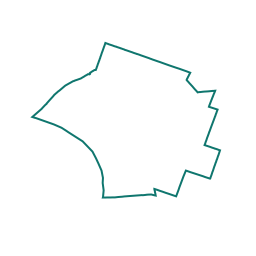 Cetate, Dolj, Romania, rotated 18°
{"feature_id": "2599482B60212600347898", "entity_name": "Cetate", "entity_type": "district", "adm_level": 2, "iso_a3": "ROU", "parent_name": "Romania", "parent_adm1": "Dolj", "projection": "albers", "projection_center": [23.068, 44.111], "detail": "fine", "context": "isolated", "style": "outline", "palette": "teal", "viewbox_px": 256, "rotation_deg": 18, "n_neighbors": 0, "source": "geoboundaries", "source_scale": "gbopen_adm2", "svg_char_len": 5334}
<svg xmlns="http://www.w3.org/2000/svg" viewBox="0 0 256 256"><g transform="rotate(18 128 128)"><path d="M221.8,150.5L221.8,150.1L221.8,149.6L221.8,149.4L221.8,148.9L221.9,147.3L221.9,146.0L221.9,145.7L221.9,145.0L221.9,144.7L221.9,144.2L221.9,143.2L222.0,142.7L222.0,142.4L222.0,142.1L222.0,141.0L222.0,140.5L222.0,140.0L222.0,139.3L222.0,138.8L222.0,138.5L222.0,138.3L222.0,138.2L222.0,137.7L222.0,137.4L222.1,137.1L222.1,136.4L222.1,136.1L222.1,135.8L222.1,135.3L222.1,135.0L222.1,134.5L222.1,134.2L222.1,133.9L222.2,133.7L222.2,133.4L222.2,133.1L222.2,132.8L222.2,132.2L222.2,131.4L222.2,130.6L222.3,130.4L222.3,129.8L222.3,129.6L222.3,129.1L222.3,128.8L222.3,128.6L222.3,128.4L222.3,128.0L222.3,127.7L222.3,127.4L222.3,127.2L222.3,126.9L222.3,126.6L222.4,126.4L222.4,126.1L222.4,125.8L222.4,125.0L222.4,124.7L222.4,124.4L222.4,124.2L222.4,123.6L222.4,123.3L222.4,122.8L222.4,122.1L222.4,121.5L222.4,120.8L222.0,120.8L221.9,120.8L221.7,120.8L221.1,120.8L220.7,120.8L220.0,120.7L219.8,120.7L219.1,120.7L218.9,120.7L217.4,120.7L217.2,120.8L216.3,120.7L216.1,120.7L215.6,120.7L214.9,120.7L214.6,120.7L214.4,120.7L214.1,120.7L213.9,120.7L213.7,120.7L213.4,120.7L213.2,120.7L212.7,120.6L210.6,120.6L208.9,120.6L207.9,120.6L207.0,120.6L206.1,120.6L206.1,120.1L206.2,119.3L206.2,118.4L206.2,117.5L206.2,116.7L206.3,115.8L206.3,115.0L206.3,114.1L206.3,113.3L206.3,112.4L206.4,111.5L206.4,110.7L206.5,109.0L206.5,108.2L206.5,107.4L206.5,107.0L206.5,106.5L206.6,106.3L206.7,102.8L206.8,100.2L206.9,98.1L207.0,95.5L207.1,94.0L207.1,93.0L207.2,91.5L207.2,90.6L207.2,90.2L207.3,89.9L207.3,88.6L207.3,88.1L207.3,87.9L207.3,87.7L207.3,87.2L207.4,86.8L207.4,86.3L207.4,85.9L207.4,85.4L207.4,85.1L207.4,84.7L207.5,83.5L207.5,82.8L201.2,82.8L199.1,82.8L198.5,82.8L198.4,82.8L198.4,82.7L198.4,81.0L198.5,80.2L198.5,79.9L198.5,79.2L198.5,78.9L198.6,78.5L198.6,77.5L198.7,76.2L198.7,75.5L198.8,74.9L198.8,74.2L198.8,73.9L198.8,73.7L198.9,73.2L198.9,72.9L198.9,72.5L198.9,72.3L199.0,72.0L199.0,71.6L199.1,69.2L199.2,68.7L199.2,68.1L199.3,67.5L199.4,65.8L199.4,65.6L198.7,65.9L197.6,66.4L197.4,66.5L197.2,66.5L193.6,68.1L191.4,69.0L189.3,69.8L187.5,70.6L185.8,71.4L184.5,71.9L184.1,72.1L183.2,72.6L182.3,72.0L181.4,71.5L180.9,71.2L180.1,70.8L178.6,69.9L177.3,69.1L176.2,68.4L175.6,68.1L174.9,67.7L173.9,67.1L172.9,66.6L171.8,65.9L170.6,65.2L169.5,64.6L169.0,64.3L168.9,64.2L168.9,63.7L169.0,62.8L169.1,62.6L169.1,62.3L169.2,62.0L169.2,61.9L169.2,61.5L169.3,61.2L169.3,60.8L169.5,60.0L169.6,59.4L169.6,59.0L169.7,58.4L169.8,58.2L170.1,56.2L166.2,56.0L162.0,55.9L158.9,55.8L154.5,55.8L147.6,55.7L140.8,55.5L137.9,55.4L136.3,55.4L131.5,55.3L130.0,55.3L129.1,55.2L127.7,55.2L126.8,55.1L117.5,54.9L116.1,54.8L114.7,54.8L114.3,54.8L114.2,54.8L113.8,54.8L113.6,54.8L113.3,54.9L112.8,54.8L111.7,54.8L111.1,54.8L110.1,54.8L108.8,54.7L108.5,54.7L108.1,54.7L107.9,54.7L107.5,54.7L102.4,54.6L102.0,54.6L101.6,54.6L101.3,54.7L101.2,54.7L100.8,54.6L100.6,54.6L100.1,54.5L99.8,54.5L98.3,54.5L98.2,54.5L97.9,54.5L97.3,54.4L97.1,54.4L96.8,54.5L96.7,54.5L96.0,54.4L95.5,54.4L95.1,54.4L94.3,54.4L93.9,54.4L93.4,54.4L93.1,54.4L92.8,54.4L92.5,54.4L91.5,54.3L91.3,54.3L91.1,54.4L89.9,54.4L89.2,54.4L87.8,54.3L87.5,54.3L86.7,54.3L85.9,54.3L85.4,54.3L85.2,54.3L84.3,54.3L83.9,54.3L83.1,54.2L81.2,54.2L80.9,54.2L80.7,54.1L80.3,54.1L80.2,54.1L80.2,54.3L80.2,54.7L80.2,56.8L80.2,57.0L80.1,57.9L80.1,58.5L80.0,62.8L80.0,63.2L79.9,64.0L79.9,65.6L79.9,67.1L79.9,67.7L79.8,68.8L79.9,70.2L79.8,70.7L79.8,71.3L79.8,72.4L79.8,72.7L79.8,72.9L79.7,73.1L79.7,73.6L79.7,74.2L79.7,74.9L79.7,75.2L79.6,76.2L79.6,78.5L79.6,79.1L79.5,79.5L79.5,79.8L79.5,80.2L79.6,80.4L79.4,82.5L79.4,82.8L78.9,82.9L78.7,83.0L78.4,83.1L77.9,83.6L77.7,83.8L77.5,84.1L77.3,84.3L77.2,84.5L76.8,84.8L76.5,85.2L76.2,85.6L76.0,85.8L75.8,86.1L75.4,86.6L75.1,86.9L75.0,87.1L75.0,87.3L74.9,87.4L75.0,87.5L75.2,87.9L75.2,88.0L75.2,88.3L75.0,88.7L74.9,88.8L74.5,89.0L74.3,89.0L74.2,89.0L73.8,89.0L73.7,89.0L73.4,89.1L73.1,89.4L73.0,89.5L72.9,89.6L72.5,90.2L72.3,90.5L72.1,90.6L71.3,91.4L70.2,92.8L69.0,94.1L67.8,95.5L66.5,96.5L64.7,97.9L63.3,98.9L62.6,99.5L62.4,99.6L62.0,100.1L61.4,100.4L61.0,100.8L59.9,102.0L59.2,102.8L58.5,103.5L57.5,104.6L56.4,105.8L55.3,107.0L54.6,108.1L51.7,112.8L51.2,113.6L50.3,114.8L49.2,116.7L48.5,117.8L48.1,118.6L47.8,118.9L46.9,121.2L44.5,126.5L43.0,130.0L43.0,130.3L43.0,130.5L42.8,130.7L42.6,130.9L42.5,131.1L41.9,132.2L41.1,133.9L40.3,135.6L40.0,136.4L33.6,147.1L36.4,147.1L37.0,147.0L56.4,147.5L64.7,148.3L70.4,149.8L72.4,150.4L72.8,150.5L73.2,150.6L89.0,154.7L101.5,161.4L106.7,166.5L107.0,166.8L111.3,171.4L111.6,171.8L111.9,172.1L116.0,176.7L119.6,183.2L120.9,188.1L124.1,194.8L125.6,201.5L125.6,201.9L137.1,198.0L139.7,196.8L143.8,195.1L145.7,194.2L161.3,187.8L162.0,187.5L162.7,187.4L164.1,186.8L165.6,186.1L166.8,185.5L170.0,184.3L171.0,184.0L171.7,184.0L174.3,183.8L175.2,183.7L174.8,183.0L174.7,182.7L174.3,181.9L173.7,181.1L173.4,180.4L172.0,178.1L171.9,177.8L172.4,177.8L174.3,177.8L175.3,177.8L177.6,177.9L178.9,177.9L180.5,177.9L184.0,178.0L187.1,178.0L193.4,178.1L194.9,178.1L195.2,170.9L195.2,168.5L195.3,166.4L195.7,157.0L195.9,154.6L196.2,150.6L197.0,150.6L201.0,150.7L205.1,150.7L211.3,150.7L214.1,150.7L214.4,150.7L215.1,150.7L215.5,150.8L216.9,150.8L220.2,150.8L220.6,150.8L221.7,150.8L221.8,150.6L221.8,150.5Z" fill="none" stroke="#0f766e" stroke-width="2"/></g></svg>